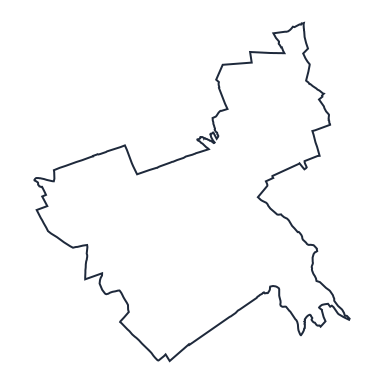 the district of Blandesti, Botosani, Romania
{"feature_id": "2599482B7385527866395", "entity_name": "Blandesti", "entity_type": "district", "adm_level": 2, "iso_a3": "ROU", "parent_name": "Romania", "parent_adm1": "Botosani", "projection": "albers", "projection_center": [26.9, 47.712], "detail": "fine", "context": "isolated", "style": "outline", "palette": "slate", "viewbox_px": 384, "rotation_deg": 0, "n_neighbors": 0, "source": "geoboundaries", "source_scale": "gbopen_adm2", "svg_char_len": 5977}
<svg xmlns="http://www.w3.org/2000/svg" viewBox="0 0 384 384"><path d="M169.7,361.0L188.9,344.3L189.2,345.0L229.8,316.8L230.6,316.5L235.6,313.0L237.9,310.6L239.8,309.5L256.7,297.9L257.5,296.7L258.5,296.2L260.0,294.9L262.0,293.9L262.9,292.9L263.9,292.4L264.3,293.1L264.9,293.4L266.2,293.0L267.0,293.2L267.9,293.0L269.5,290.5L269.9,289.4L270.0,287.4L270.2,286.6L273.0,286.0L275.7,286.4L276.9,286.9L278.8,288.2L279.2,289.2L279.2,295.6L279.5,297.1L280.5,300.9L280.6,302.7L280.3,304.3L280.7,305.7L282.2,306.7L282.8,306.8L285.2,306.6L286.1,306.8L289.4,310.9L290.2,311.5L295.4,319.3L296.3,320.1L297.2,321.8L297.9,324.5L298.2,328.6L298.5,330.4L300.0,334.1L300.5,334.9L300.8,335.2L301.0,335.2L301.7,334.2L302.8,332.5L303.8,330.5L304.2,328.5L304.7,328.3L304.8,327.9L304.9,324.7L304.9,324.2L304.5,323.9L304.8,323.4L304.7,322.9L305.0,322.4L304.9,321.8L304.4,321.5L304.8,321.0L305.0,320.5L305.0,319.9L304.8,319.7L304.9,319.2L306.5,317.0L307.7,315.8L308.9,315.1L309.5,314.8L310.0,314.8L310.9,315.5L311.0,316.1L312.3,318.0L312.2,318.5L311.6,319.4L311.6,319.9L312.2,320.8L313.0,321.8L314.0,322.5L314.9,322.7L316.3,324.7L317.3,325.5L318.1,325.7L318.6,325.5L319.6,325.5L320.6,326.7L325.5,321.3L323.6,317.0L321.9,310.6L322.0,309.9L319.5,308.1L319.1,307.5L319.9,306.5L321.5,305.2L322.3,304.8L324.6,304.3L328.0,303.8L330.2,306.7L331.8,305.7L333.5,307.1L337.7,313.2L338.5,314.1L343.6,317.1L349.1,319.8L349.6,318.7L346.9,315.9L346.5,315.8L345.2,315.7L344.6,315.0L344.1,313.1L342.6,310.4L341.9,309.4L338.0,305.9L334.8,301.6L334.3,300.9L334.2,300.2L334.2,299.0L334.2,298.6L333.5,297.1L332.9,295.2L330.1,291.1L329.3,290.3L326.0,287.9L319.9,282.1L316.5,281.0L316.1,279.2L316.1,278.7L314.8,276.0L313.7,274.4L312.9,272.7L312.5,271.5L312.2,270.9L311.9,269.4L312.1,268.1L311.7,267.2L311.8,266.3L312.8,263.7L312.9,262.9L312.7,261.7L312.6,257.6L313.6,254.1L314.9,252.3L315.6,252.1L317.2,251.1L316.8,249.2L316.9,248.7L315.0,246.6L313.6,245.2L310.8,244.8L308.7,244.9L307.9,244.6L306.9,243.9L306.1,242.7L302.8,239.6L302.3,238.2L302.1,236.6L301.3,234.9L299.9,233.1L298.7,231.9L297.7,232.1L294.6,228.5L292.1,225.9L288.9,220.5L287.2,218.7L284.1,217.2L281.8,215.3L281.1,214.4L278.4,214.7L277.2,214.5L270.3,208.5L268.2,205.7L267.6,204.3L266.3,202.8L262.4,200.9L260.9,200.0L257.9,197.2L267.3,185.9L267.4,185.0L266.9,183.4L265.9,181.3L273.2,178.0L272.5,176.9L272.4,176.0L299.0,163.8L299.5,163.3L302.6,167.2L304.4,169.3L306.0,168.2L306.7,167.4L306.6,167.0L305.0,163.5L304.6,162.2L304.6,161.1L317.6,156.0L319.6,155.8L317.1,146.9L315.5,142.4L313.6,134.8L312.4,131.0L314.8,130.4L330.1,124.8L330.0,124.0L329.5,123.4L329.3,122.6L329.2,121.0L328.7,120.4L328.6,120.0L328.9,119.2L328.6,118.7L329.0,114.9L328.7,114.3L326.1,111.4L324.4,108.2L323.9,106.4L319.0,99.5L322.4,96.7L322.0,95.6L323.8,93.7L323.0,93.5L320.0,91.0L318.8,90.2L317.5,89.6L316.5,88.6L312.6,86.0L311.0,84.6L310.1,84.0L309.8,84.1L309.2,83.8L308.6,82.6L306.3,80.9L306.1,80.6L308.4,71.6L309.6,65.4L309.7,64.3L307.5,61.6L305.5,58.4L303.2,53.5L308.0,48.6L306.1,43.0L304.6,37.0L304.2,31.2L304.0,30.7L304.0,29.2L303.8,28.2L303.6,24.5L303.9,23.0L303.3,23.2L302.4,23.6L301.6,23.4L301.0,24.6L299.6,24.4L294.5,27.1L292.9,26.7L291.4,28.6L290.1,29.9L288.2,31.3L286.2,31.8L285.3,31.7L273.4,33.3L276.0,38.0L279.0,41.5L279.0,42.6L278.7,43.1L278.8,43.9L279.9,45.2L281.2,47.5L281.8,47.3L283.1,50.8L284.4,53.2L270.3,53.0L250.1,52.0L251.7,62.6L222.7,64.8L216.2,79.7L218.9,82.1L218.6,83.7L218.7,85.0L219.3,87.3L218.9,87.8L225.0,103.6L227.5,109.0L221.4,110.9L220.8,110.8L220.1,111.1L218.6,112.6L216.6,115.7L215.8,116.6L212.6,118.0L212.8,120.6L213.3,122.2L213.4,123.9L214.1,125.8L214.4,127.1L215.0,128.6L215.0,129.1L214.7,129.5L214.9,130.2L215.8,131.7L217.1,132.7L217.3,133.4L217.2,134.0L218.2,135.5L218.2,136.6L216.7,138.8L213.5,132.8L213.1,132.5L211.6,133.8L210.9,133.7L210.6,133.8L210.3,134.4L210.9,135.7L211.0,136.7L211.4,137.6L212.7,140.0L213.8,141.5L214.7,142.5L214.2,143.0L213.8,143.1L211.8,141.5L210.5,140.7L210.0,140.8L208.9,140.0L207.8,139.6L207.1,139.1L206.6,139.0L206.0,139.0L205.7,138.6L204.8,138.1L204.5,138.2L204.1,138.6L204.0,138.1L203.6,137.8L202.5,137.1L200.5,137.0L200.2,137.3L200.4,137.9L199.7,138.7L198.7,139.2L198.0,139.2L197.4,139.4L197.3,139.7L197.7,140.3L198.2,140.6L199.7,141.3L201.2,142.9L202.5,143.6L206.0,147.0L208.2,148.6L208.8,149.2L199.4,152.2L196.0,153.2L195.1,153.7L194.4,153.9L192.4,154.7L185.9,156.5L183.6,157.9L177.0,160.1L173.2,161.7L172.0,161.9L170.4,162.6L160.1,166.3L158.2,167.1L157.4,167.8L156.7,167.8L149.5,170.0L137.1,174.3L133.2,166.3L131.8,163.1L126.9,149.9L124.9,145.4L120.5,147.1L108.2,151.0L107.0,151.4L106.1,152.0L100.3,154.0L98.3,154.5L97.5,154.2L96.6,154.7L95.6,155.0L93.0,155.9L93.1,156.4L92.7,156.5L92.3,156.5L90.0,157.3L82.1,160.2L76.4,162.0L65.6,165.9L59.8,167.8L53.9,170.2L54.2,172.1L54.4,178.7L53.8,181.3L52.4,181.2L46.7,179.9L44.2,179.1L40.0,178.2L39.7,178.3L38.9,178.1L36.7,178.0L35.9,178.2L35.1,178.9L34.9,179.3L34.4,180.0L34.6,180.5L35.9,181.1L37.8,182.4L38.1,182.9L38.1,184.7L38.9,185.5L39.3,186.3L40.3,186.7L40.7,186.6L41.4,187.1L42.1,186.9L44.7,192.1L46.0,194.9L42.2,196.5L47.3,206.1L36.7,210.0L40.8,218.0L42.2,220.3L43.7,223.2L46.3,227.7L48.0,231.1L51.2,233.6L56.9,237.1L64.0,242.3L70.3,246.3L73.0,247.7L75.9,247.0L77.5,246.9L82.9,245.6L87.1,245.0L87.3,246.1L87.4,247.2L86.7,253.6L87.2,255.1L87.2,257.0L86.9,258.4L86.8,259.5L86.2,261.4L85.8,264.3L85.7,267.5L85.4,270.3L85.4,272.4L85.2,277.1L85.2,279.3L102.1,273.3L102.1,273.8L102.0,275.5L100.7,277.9L100.0,280.1L99.6,283.6L102.2,289.8L104.9,293.4L105.5,293.9L106.3,294.2L108.3,293.7L110.2,292.6L112.6,291.8L115.4,291.3L118.0,290.6L119.5,290.5L120.1,291.2L121.3,292.9L122.2,294.6L123.5,297.3L124.9,299.7L126.8,302.7L128.0,305.0L128.1,309.3L128.3,310.4L128.8,312.0L124.2,317.3L120.4,321.4L120.1,322.0L121.5,323.2L127.5,329.4L129.5,331.2L132.2,334.4L134.7,336.6L136.4,337.9L138.9,340.2L141.9,343.5L149.8,351.2L151.5,353.0L153.4,355.7L155.0,357.6L157.3,360.0L158.2,360.5L158.8,360.3L164.0,356.1L165.6,354.4L169.7,361.0Z" fill="none" stroke="#1e293b" stroke-width="2"/></svg>